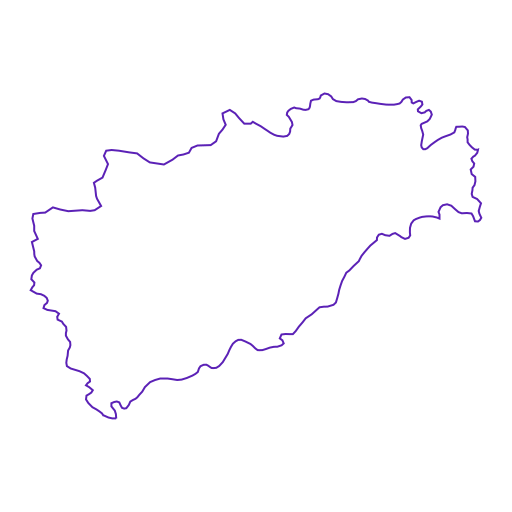 outline of Klichaw, Mogilev, Belarus
{"feature_id": "67162791B97539600295477", "entity_name": "Klichaw", "entity_type": "district", "adm_level": 2, "iso_a3": "BLR", "parent_name": "Belarus", "parent_adm1": "Mogilev", "projection": "natural_earth1", "projection_center": [29.42, 53.506], "detail": "fine", "context": "isolated", "style": "outline", "palette": "violet", "viewbox_px": 512, "rotation_deg": 0, "n_neighbors": 0, "source": "geoboundaries", "source_scale": "gbopen_adm2", "svg_char_len": 4818}
<svg xmlns="http://www.w3.org/2000/svg" viewBox="0 0 512 512"><path d="M478.0,149.7L477.8,149.8L474.8,149.6L471.9,147.3L469.5,144.8L467.6,142.3L467.6,139.5L467.2,137.2L468.0,133.6L467.8,130.4L464.9,127.0L462.3,126.5L459.6,126.7L456.3,126.8L455.7,128.3L455.2,130.2L454.3,132.4L450.5,134.5L444.6,136.6L441.8,137.7L437.9,139.9L434.7,142.1L431.0,144.8L428.9,146.7L427.3,148.2L425.3,149.2L423.3,149.2L421.7,147.4L421.2,145.2L421.8,141.3L422.4,138.4L423.2,134.6L422.2,130.8L421.2,128.2L420.7,125.3L421.6,123.9L423.9,122.9L427.3,121.4L429.7,119.0L430.7,117.0L431.8,114.6L430.8,111.6L428.9,109.9L426.3,110.9L424.7,112.4L421.4,113.2L418.0,111.3L417.8,109.4L420.8,106.5L422.4,104.5L421.9,101.7L419.1,100.7L416.3,101.9L413.3,103.4L411.7,102.5L411.6,100.0L409.5,97.2L405.8,97.5L402.8,99.6L401.4,101.9L399.6,103.5L397.2,104.1L393.8,104.7L390.7,104.7L386.2,104.6L379.8,103.8L376.2,103.2L371.9,102.6L368.9,101.8L368.0,100.6L365.1,99.0L361.9,98.5L358.0,99.3L355.9,101.1L353.3,102.1L347.1,102.3L341.2,101.9L336.3,101.1L332.9,99.1L331.2,96.4L328.1,94.2L324.5,93.5L320.8,95.5L320.3,97.2L319.6,98.5L318.0,99.2L313.6,99.6L311.0,100.7L310.3,103.7L310.0,106.1L309.6,107.7L308.5,109.2L305.6,109.9L303.3,109.7L299.9,108.6L296.0,108.2L294.2,107.5L290.8,108.9L288.4,110.8L287.2,112.5L286.8,114.9L288.8,116.8L290.4,119.5L291.9,122.0L292.5,125.0L291.3,127.0L290.3,128.6L290.1,131.6L289.2,134.0L287.2,135.9L283.3,136.6L277.1,135.8L274.2,134.8L270.3,132.7L267.4,130.7L264.8,129.0L260.7,126.2L255.8,123.6L252.8,121.8L250.7,123.7L244.3,123.7L238.9,117.9L235.2,113.4L229.8,109.9L222.5,113.4L223.4,119.3L225.7,124.8L222.5,129.6L218.9,133.8L216.1,141.3L210.7,145.1L197.5,145.5L191.6,147.9L188.9,152.7L183.4,154.5L178.0,155.5L172.5,159.7L163.9,164.5L149.8,162.4L143.4,158.3L137.1,153.4L129.4,152.4L118.9,150.7L111.6,150.0L106.2,150.7L103.9,155.9L108.0,164.1L105.7,170.0L102.5,177.6L97.0,180.7L93.9,182.8L95.2,187.7L96.1,196.0L97.0,198.7L101.1,206.0L94.7,210.2L90.2,210.9L82.4,210.2L68.3,211.2L60.2,209.5L52.9,207.4L45.2,212.6L40.2,212.9L33.3,214.0L32.4,218.5L34.2,225.8L34.2,231.0L37.8,238.9L31.9,242.0L34.2,251.3L34.3,254.3L34.7,256.5L37.2,261.0L39.4,262.8L41.1,265.3L39.9,268.3L36.7,269.7L33.4,272.8L31.9,275.4L31.3,279.2L34.4,282.5L34.1,285.2L32.3,287.3L30.7,290.2L36.7,293.6L40.9,294.2L44.3,295.8L46.7,297.9L47.8,300.7L47.0,302.9L44.4,305.1L43.5,308.1L47.3,309.9L52.4,310.7L55.5,311.2L59.0,313.7L57.2,316.8L57.6,319.6L61.9,321.6L63.3,323.9L66.1,326.9L66.5,330.6L65.9,333.0L65.9,335.7L67.9,339.3L70.1,341.9L70.4,345.1L69.8,347.5L68.1,350.5L67.6,355.8L66.7,359.5L66.3,362.8L66.9,366.1L70.7,368.5L75.3,369.9L79.5,371.2L84.0,373.3L86.9,375.9L89.8,378.9L90.0,381.5L87.6,383.2L86.0,385.3L89.1,387.1L92.8,390.2L91.3,392.6L88.8,394.3L86.5,395.6L86.0,399.4L88.3,403.0L92.4,407.2L96.4,409.4L99.4,411.4L102.0,413.4L103.3,415.4L103.7,415.4L108.4,417.5L112.3,418.4L116.2,418.4L116.2,418.5L115.9,414.1L114.8,410.6L111.4,406.4L111.4,403.2L114.2,402.0L116.8,401.5L119.3,402.4L120.6,405.3L122.0,407.8L124.2,408.6L126.3,408.2L128.8,405.0L130.3,401.6L132.9,400.0L135.5,398.8L137.3,397.3L139.4,394.7L142.2,391.7L144.9,387.1L150.1,382.1L155.1,380.0L160.3,378.5L167.4,378.5L172.2,379.2L177.2,380.0L181.6,379.6L186.8,378.0L192.4,375.6L195.4,373.9L197.8,372.0L199.0,368.4L200.5,366.2L203.6,364.8L206.3,364.7L207.9,365.5L210.6,367.4L211.6,368.0L213.6,368.1L216.3,367.8L219.2,366.0L222.8,362.1L224.9,358.6L227.7,354.0L229.4,350.0L231.0,346.8L232.9,343.7L235.6,341.3L238.2,339.9L241.3,339.8L245.4,341.5L250.5,344.0L252.7,345.8L255.3,348.4L257.6,350.1L259.4,350.2L262.4,350.1L265.7,349.1L269.9,347.6L273.9,346.8L277.4,346.7L281.6,345.3L283.7,343.4L282.4,340.3L279.8,338.4L281.5,334.5L285.5,334.0L288.6,334.1L292.9,334.1L295.7,331.1L298.9,326.6L302.6,322.3L305.7,318.3L311.7,314.3L316.7,309.8L319.5,307.3L323.7,306.7L327.6,306.6L333.5,304.8L335.9,302.5L337.1,298.5L338.4,293.8L339.2,289.8L340.5,285.6L342.1,281.0L344.4,276.7L346.3,272.7L349.3,270.5L353.6,266.0L358.8,261.2L359.8,259.1L361.6,255.8L364.4,252.3L367.5,248.7L370.4,245.5L373.3,243.1L376.9,240.1L377.0,237.5L378.8,234.7L381.9,233.8L385.2,235.2L389.5,235.8L392.5,233.9L395.2,233.1L400.1,236.1L401.3,237.1L405.0,238.9L408.6,237.8L410.2,235.4L409.9,232.6L409.9,231.0L410.0,227.8L411.2,223.6L413.7,220.3L416.0,219.0L419.7,217.6L422.1,216.9L426.4,216.4L429.9,216.3L432.6,216.5L436.8,217.5L439.5,218.6L439.5,214.6L438.5,211.9L440.6,207.2L442.9,205.2L447.1,204.3L451.3,205.7L455.0,209.1L458.5,212.1L461.8,213.3L466.9,213.0L471.5,213.5L473.1,216.2L475.0,221.3L478.0,221.5L479.9,220.1L481.3,217.8L479.4,213.7L478.7,211.0L479.9,206.6L481.0,203.3L477.1,199.0L472.6,196.9L471.7,193.9L472.4,190.4L472.6,187.7L474.5,185.1L475.4,181.3L475.2,176.9L471.7,174.1L470.7,169.5L473.5,166.7L474.2,163.5L472.3,161.2L471.4,158.7L473.3,156.6L474.9,155.7L477.2,152.9L477.9,150.3L478.0,149.7Z" fill="none" stroke="#5b21b6" stroke-width="2"/></svg>